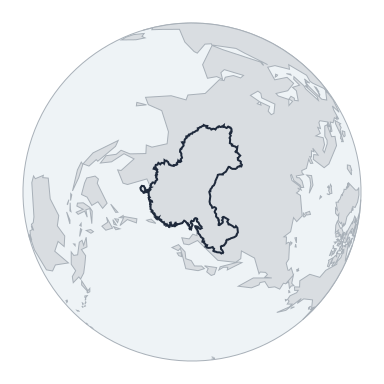 the Earth from above China, rotated 103°
{"feature_id": "CHN", "entity_name": "China", "entity_type": "country or territory", "adm_level": 0, "iso_a3": "CHN", "parent_name": "Asia", "parent_adm1": "", "projection": "orthographic", "projection_center": [106.815, 35.887], "detail": "fine", "context": "on_globe", "style": "outline", "palette": "slate", "viewbox_px": 384, "rotation_deg": 103, "n_neighbors": 0, "source": "natural_earth", "source_scale": "50m", "svg_char_len": 17202}
<svg xmlns="http://www.w3.org/2000/svg" viewBox="0 0 384 384"><g transform="rotate(103 192 192)"><circle cx="192" cy="192" r="169" fill="#eef3f6" stroke="#a8b0b8"/><path d="M347.4,257.4L347.1,258.2L347.0,258.5L347.4,257.4ZM291.6,55.5L280.2,48.9L279.3,47.9L276.5,46.6L277.3,48.0L278.6,49.3L270.0,50.3L271.0,59.1L276.9,64.4L271.2,61.6L286.2,73.9L290.3,82.3L282.2,71.4L278.7,69.3L279.8,74.0L276.5,72.9L275.1,74.7L271.0,73.1L266.6,67.4L263.9,66.4L264.8,69.8L261.4,70.8L260.4,65.8L254.2,67.0L245.7,58.7L246.4,48.3L238.2,44.0L229.9,34.7L227.3,35.0L222.4,32.2L217.6,31.6L217.4,30.5L213.7,31.1L214.7,32.3L213.5,33.1L210.7,33.0L210.0,31.4L211.3,31.2L209.7,30.7L210.5,30.0L208.5,30.3L208.0,28.6L204.4,30.2L200.6,28.8L201.4,27.8L206.6,28.0L221.5,27.4L223.9,27.2L222.1,26.2L207.3,23.8L207.6,23.8L220.5,25.5L233.2,28.1L245.6,31.8L257.8,36.4L269.5,41.9L280.8,48.3L291.6,55.5ZM202.8,23.4L203.3,23.4L197.5,23.3L200.1,23.8L198.1,24.0L198.7,24.9L192.9,24.8L186.9,24.4L186.1,23.8L183.4,23.7L179.5,24.6L173.5,24.2L161.7,25.8L161.4,25.8L175.1,23.9L188.9,23.1L202.8,23.4ZM350.5,135.4L349.2,132.7L349.6,132.7L350.5,135.4ZM348.7,132.3L349.1,133.0L348.8,132.7L348.7,132.3ZM348.7,132.9L348.7,132.5L348.8,133.3L348.7,132.9ZM348.8,134.1L348.7,133.3L348.7,133.5L348.8,134.1ZM348.5,135.0L348.3,135.2L348.1,134.1L348.5,135.0ZM279.7,50.2L277.7,48.2L278.2,47.6L280.2,49.2L279.7,50.2ZM278.4,52.3L276.5,50.8L279.9,51.7L279.9,52.2L278.4,52.3ZM281.9,68.7L280.9,66.3L283.0,69.1L281.9,68.7ZM275.7,75.2L277.0,76.4L275.7,76.9L275.7,75.2ZM201.9,25.0L200.4,25.0L201.0,24.8L201.9,25.0ZM203.6,25.5L205.5,25.4L206.7,25.6L205.4,25.7L203.6,25.5ZM268.3,75.0L265.8,75.7L267.6,74.0L268.3,75.0ZM201.0,25.7L208.4,26.1L210.3,26.6L207.3,27.5L201.0,25.7ZM263.9,75.4L257.9,77.6L260.4,80.1L250.1,74.5L258.5,74.3L260.3,71.7L261.3,74.2L263.9,75.4ZM216.3,32.8L215.0,31.5L218.6,32.7L216.3,32.8ZM218.9,33.4L231.8,36.9L232.3,39.1L227.9,37.3L230.6,40.5L224.5,39.7L221.6,37.9L222.5,36.5L219.5,37.3L218.9,33.4ZM245.3,71.3L243.2,71.1L244.6,70.3L245.3,71.3ZM213.2,33.5L215.8,33.9L216.4,35.7L211.4,35.3L212.8,34.8L213.2,33.5ZM234.3,41.8L233.9,43.3L228.8,43.0L227.9,43.6L224.4,39.9L234.3,41.8ZM211.2,34.4L208.8,35.1L206.0,34.2L210.8,33.3L211.2,34.4ZM218.7,36.4L218.7,37.3L217.1,36.7L218.7,36.4ZM194.7,32.0L197.7,32.1L198.3,33.1L194.7,32.0ZM208.1,35.5L209.0,35.8L209.6,36.2L207.5,36.6L208.1,35.5ZM221.0,40.2L219.0,39.9L222.2,41.6L218.5,41.8L216.8,39.4L216.0,40.5L214.9,40.5L214.8,38.5L221.0,40.2ZM207.0,38.4L203.6,35.7L197.8,35.1L197.1,34.2L206.6,35.4L207.0,38.4ZM211.6,38.6L208.6,38.2L209.3,37.1L211.7,36.8L211.6,38.6ZM216.7,42.8L222.7,43.2L222.9,43.7L216.7,42.8ZM205.2,38.4L206.1,39.0L204.7,38.4L205.2,38.4ZM213.0,41.6L215.1,41.6L215.2,42.2L213.0,41.6ZM206.0,40.4L204.9,39.5L206.5,39.2L206.0,40.4ZM209.1,41.1L208.8,42.0L207.8,39.6L210.0,41.0L209.1,41.1ZM212.8,42.2L213.5,42.5L211.9,42.1L212.8,42.2ZM200.5,42.5L198.8,39.6L202.4,38.7L203.5,41.6L200.5,42.5ZM63.2,82.7L65.6,80.9L61.4,86.8L58.8,98.9L57.6,101.9L52.5,106.6L46.2,126.4L50.5,124.6L50.2,139.6L53.4,146.3L64.1,136.6L58.9,125.2L63.3,117.4L71.8,121.5L77.1,132.3L79.0,129.6L80.1,118.5L85.9,117.0L81.0,114.4L79.6,118.4L76.5,117.1L77.6,113.4L79.6,112.9L79.3,109.0L69.8,113.1L67.4,117.6L63.7,111.2L59.3,118.2L56.7,118.6L63.2,107.0L66.0,104.4L74.3,89.5L71.0,91.5L62.9,105.9L63.4,103.3L58.8,106.8L62.7,102.1L72.4,86.5L72.1,81.4L63.8,84.4L65.3,81.4L70.2,75.5L81.2,66.6L76.6,74.6L80.4,72.2L88.1,65.3L86.1,68.6L88.7,66.9L87.6,70.0L92.8,70.1L92.7,73.0L101.2,69.3L102.3,70.5L97.0,72.2L93.2,75.3L93.8,83.5L95.8,84.0L101.3,81.1L100.8,84.0L106.0,80.2L109.5,84.0L109.6,76.4L116.1,73.5L121.7,74.0L123.8,71.9L114.6,71.1L111.0,72.1L107.8,75.1L97.8,77.5L96.2,75.6L106.7,68.4L105.6,65.2L114.3,61.6L133.8,64.9L138.6,68.7L132.9,81.2L128.1,81.8L127.7,77.4L122.1,84.2L125.4,82.3L125.0,84.9L131.0,83.4L131.0,85.2L136.8,80.8L137.5,82.9L133.8,85.6L143.3,85.8L146.4,89.9L148.5,89.1L149.9,87.1L152.9,94.0L154.4,93.1L154.0,90.5L156.6,87.2L162.4,84.2L163.1,86.7L161.1,88.1L158.0,95.2L152.6,99.0L153.4,99.8L158.3,97.2L162.2,88.4L165.5,86.0L164.3,90.0L165.0,88.3L166.9,87.9L169.4,90.0L170.9,85.6L190.5,79.3L197.3,83.3L194.1,87.3L208.5,87.0L215.0,92.4L214.6,89.8L221.3,88.6L219.3,86.8L219.6,85.5L235.7,82.6L240.1,84.2L246.6,80.9L246.4,79.7L243.5,78.3L250.1,74.5L260.4,80.1L260.3,82.4L266.9,84.7L265.8,90.0L267.9,95.8L262.9,100.9L265.0,105.4L267.4,105.8L272.0,112.5L273.4,125.7L262.0,113.0L257.8,94.9L258.6,101.9L255.4,99.9L253.8,102.3L254.6,107.5L256.6,108.3L242.3,116.2L238.3,130.6L246.0,129.5L250.7,133.7L252.8,151.4L238.0,175.7L244.1,183.2L244.4,188.3L238.9,191.6L238.3,184.2L232.9,181.7L233.4,177.3L224.3,180.8L224.7,174.6L217.5,180.8L220.1,185.6L227.9,184.5L221.6,193.0L229.4,201.5L230.2,211.6L216.6,229.2L202.9,234.1L202.0,237.1L196.7,233.3L189.4,238.9L199.2,256.5L198.9,261.2L187.2,269.4L187.0,265.9L172.8,255.9L170.0,266.9L180.7,277.2L184.4,287.8L176.0,283.9L172.3,274.3L167.3,270.5L168.8,261.0L164.9,245.6L156.5,247.1L157.3,241.1L150.6,227.1L138.6,228.5L119.5,239.8L116.7,254.2L110.2,258.6L102.9,233.9L103.6,218.5L98.4,217.8L93.0,201.3L76.4,190.6L76.3,185.8L72.7,185.4L69.2,177.9L69.9,170.3L66.8,168.0L65.5,188.1L69.2,190.7L75.3,187.6L74.0,193.9L77.7,202.5L65.6,210.3L44.7,205.4L46.4,193.8L50.0,154.4L52.1,151.8L52.2,151.4L52.5,150.6L49.0,154.3L50.9,147.0L44.8,172.2L42.2,181.4L44.3,205.8L43.2,206.5L45.0,212.6L55.5,218.1L54.7,221.5L47.5,232.7L36.3,240.8L40.0,256.6L42.9,267.6L40.8,267.1L45.4,276.1L39.8,265.3L34.9,254.2L30.8,242.7L27.6,231.0L25.2,219.0L23.7,207.0L23.1,194.8L23.3,182.6L24.4,170.5L26.4,158.5L29.2,146.7L32.9,135.1L37.4,123.8L42.7,112.8L48.8,102.3L55.6,92.2L63.2,82.7ZM78.9,150.5L84.7,156.8L88.8,146.5L91.3,148.3L91.8,144.3L89.0,145.8L91.2,135.6L96.1,136.0L98.8,132.2L97.0,129.9L87.7,131.0L84.6,145.3L80.4,147.1L78.9,150.5ZM104.0,56.3L101.5,58.5L98.6,59.4L98.8,56.8L102.9,55.4L104.0,56.3ZM98.5,61.6L108.9,55.9L109.3,57.6L107.3,57.5L106.5,59.3L103.1,59.7L93.3,67.4L90.1,68.8L92.1,62.5L93.1,63.6L95.6,61.2L98.5,61.6ZM134.9,41.9L139.5,40.4L134.3,45.9L130.7,46.7L130.6,43.9L134.8,41.3L134.9,41.9ZM194.3,27.6L196.4,27.4L196.6,27.8L195.0,28.2L194.3,27.6ZM196.1,32.0L185.5,29.1L187.3,28.6L179.0,28.0L180.5,26.6L185.9,27.0L180.8,25.7L186.3,25.6L182.3,25.0L194.1,25.9L198.8,26.0L192.9,26.3L191.4,27.5L192.1,28.0L197.8,29.8L207.1,31.0L207.1,32.7L204.6,33.6L202.3,33.6L203.1,32.4L199.5,33.2L198.8,31.5L196.1,32.0ZM175.1,48.6L176.9,46.3L169.6,49.4L168.9,47.0L168.1,47.5L165.5,46.2L160.9,45.7L161.4,44.6L159.4,44.9L157.7,44.2L155.1,44.4L155.0,42.5L151.9,42.6L153.7,41.6L148.3,42.4L152.2,41.0L150.3,40.3L147.5,42.0L153.4,33.1L152.8,31.2L150.1,30.5L157.3,28.7L164.4,28.4L170.4,29.6L170.0,32.0L173.3,31.0L174.1,31.9L171.1,32.3L176.1,32.3L176.0,33.3L181.3,35.5L188.7,35.4L190.8,36.4L187.9,36.9L192.1,37.6L188.0,39.4L189.4,40.2L186.8,43.1L180.2,44.0L182.4,44.9L180.5,47.3L175.1,48.6ZM199.5,43.2L191.9,44.4L187.7,43.8L194.0,39.2L193.3,38.2L197.2,35.6L203.1,36.7L201.4,37.3L201.2,38.1L199.5,37.4L200.7,38.6L198.4,39.6L198.8,40.8L196.2,40.8L199.5,43.2ZM59.5,101.7L59.1,103.5L59.3,105.5L56.5,108.0L59.5,101.7ZM65.8,91.0L66.0,92.0L62.0,96.0L62.4,94.3L65.8,91.0ZM69.5,89.3L66.3,91.7L68.2,89.4L69.5,89.3ZM97.5,73.1L98.1,74.1L96.8,75.0L94.9,75.4L97.5,73.1ZM153.4,58.8L155.1,57.3L156.1,57.4L161.8,55.4L162.8,57.2L159.7,59.2L153.4,58.8ZM61.3,136.7L58.4,137.0L58.8,134.9L59.7,135.2L61.3,136.7ZM55.8,121.8L55.4,126.7L55.0,122.4L55.8,121.8ZM155.5,60.5L157.7,59.4L156.8,61.0L155.5,60.5ZM163.8,58.5L163.3,60.3L163.6,57.2L163.8,58.5ZM56.3,280.9L59.7,295.0L55.8,290.9L51.8,284.3L48.3,274.3L51.7,275.7L52.4,272.4L56.3,280.9ZM227.1,310.2L232.1,310.4L231.9,310.9L227.1,310.2ZM221.8,308.5L227.6,308.4L220.8,309.8L221.8,308.5ZM229.9,308.3L235.8,306.7L238.4,305.5L237.9,306.7L229.9,308.3ZM217.8,308.7L196.3,308.6L187.8,306.6L189.8,304.6L203.5,305.6L217.8,308.7ZM189.1,304.5L176.1,297.2L158.4,275.5L164.7,276.8L183.2,290.7L182.0,292.6L189.9,298.2L189.1,304.5ZM220.6,293.1L219.3,299.1L207.4,298.7L202.0,297.7L198.3,290.0L200.4,286.1L204.8,286.3L222.0,272.2L228.0,275.4L222.7,281.5L227.6,286.6L220.6,293.1ZM117.3,255.9L120.6,265.6L117.1,265.9L117.3,255.9ZM229.0,261.8L222.1,268.5L228.4,259.7L229.0,261.8ZM232.8,253.5L233.2,256.8L230.4,253.8L232.8,253.5ZM201.8,241.8L197.1,242.4L197.0,240.0L203.0,237.8L201.8,241.8ZM230.7,220.1L230.6,227.4L229.7,229.9L227.6,225.7L230.7,220.1ZM166.9,77.5L157.9,78.0L152.0,80.3L149.7,84.1L149.1,79.2L158.1,75.7L166.9,77.5ZM187.5,78.7L189.4,75.7L191.2,77.1L191.0,78.0L187.5,78.7ZM186.8,76.8L184.4,73.1L187.2,71.5L188.5,74.7L186.8,76.8ZM169.6,66.0L166.8,66.0L167.6,64.6L169.6,66.0ZM269.5,341.9L270.7,340.5L276.6,337.7L273.0,340.1L269.5,341.9ZM251.8,340.4L218.9,350.2L212.0,350.0L214.3,347.7L209.2,340.6L211.6,340.7L210.8,335.2L230.6,328.6L245.0,316.5L255.3,315.6L263.5,306.1L273.9,304.3L270.3,311.4L280.6,312.4L288.9,296.4L293.8,308.7L300.3,310.1L300.6,316.3L283.8,332.5L275.5,337.6L274.5,337.5L270.9,339.6L266.1,341.1L264.6,339.1L261.0,341.1L265.1,337.6L259.6,341.2L257.6,339.8L251.8,340.4ZM325.4,289.4L326.5,288.7L327.9,289.1L326.1,290.4L325.4,289.4ZM344.3,263.9L344.5,264.1L343.4,266.0L344.3,263.9ZM347.0,258.5L345.8,260.9L347.4,257.4L347.0,258.5ZM333.3,276.5L333.8,276.8L333.2,277.6L333.3,276.5ZM332.9,276.7L333.8,274.7L333.5,276.1L332.9,276.7ZM327.8,273.7L328.6,272.3L328.9,272.7L327.8,273.7ZM239.6,309.7L246.8,304.6L250.6,303.8L239.6,309.7ZM326.7,272.8L324.7,273.9L325.0,273.0L326.7,272.8ZM327.0,270.8L326.8,269.7L327.9,271.6L327.0,270.8ZM323.2,270.5L325.6,271.1L322.9,271.0L323.2,270.5ZM321.7,271.7L319.9,271.8L320.1,271.3L321.7,271.7ZM300.2,283.2L307.1,287.3L301.3,289.6L294.9,287.6L289.6,293.4L277.6,296.2L280.4,292.9L278.9,289.3L266.3,290.5L263.8,288.3L268.3,285.6L259.9,284.9L269.1,282.0L272.9,286.8L278.0,281.3L286.8,280.1L295.3,279.3L301.9,281.0L300.2,283.2ZM269.0,294.2L270.6,293.8L269.2,295.7L269.0,294.2ZM316.5,270.7L319.1,271.9L318.7,272.7L317.4,273.0L316.5,270.7ZM303.4,279.5L310.6,272.1L312.2,271.5L307.4,278.6L303.4,279.5ZM308.9,269.9L312.2,269.1L313.8,270.9L313.1,271.9L308.9,269.9ZM250.2,292.3L249.8,293.9L247.4,293.0L250.2,292.3ZM253.4,290.9L260.6,291.5L252.7,292.4L253.4,290.9ZM231.1,287.8L233.2,291.4L240.1,288.4L234.8,292.3L239.4,297.9L237.8,300.3L233.3,294.2L231.6,301.0L228.6,301.1L227.0,295.5L230.0,288.1L233.1,284.9L245.4,282.5L231.1,287.8ZM253.3,286.4L251.4,282.3L252.8,279.1L254.9,281.2L253.3,286.4ZM245.6,272.1L240.4,267.3L235.7,269.7L245.1,261.3L248.6,267.4L245.6,272.1ZM241.1,260.7L236.7,262.9L241.2,258.1L241.1,260.7ZM235.5,261.2L235.0,257.4L238.5,257.6L235.5,261.2ZM243.4,260.6L244.1,254.0L245.9,257.7L243.4,260.6ZM233.4,248.8L240.9,254.6L231.2,252.6L230.5,239.7L234.6,239.2L233.4,248.8ZM254.8,192.8L253.6,189.0L257.3,187.6L257.0,190.6L254.8,192.8ZM268.1,180.8L257.9,186.1L249.4,190.7L252.2,192.2L250.6,199.0L246.3,193.3L251.9,185.3L258.4,183.0L259.0,177.3L263.5,172.9L262.0,166.0L263.9,162.7L267.3,168.4L268.1,180.8ZM261.1,163.2L260.1,151.0L267.2,151.6L269.0,154.5L266.5,159.7L262.9,159.0L261.1,163.2ZM262.0,148.3L258.5,147.7L249.7,130.8L249.6,127.5L260.0,140.1L257.3,140.2L258.2,144.4L262.0,148.3ZM244.0,72.5L243.3,71.3L245.1,72.1L244.0,72.5ZM218.4,84.6L219.1,83.0L221.2,83.9L218.4,84.6ZM222.3,79.2L219.4,79.3L222.2,78.1L222.3,79.2ZM212.9,79.9L218.1,78.8L213.6,81.4L212.9,79.9Z" fill="#d9dde1" stroke="#a8b0b8" stroke-width="1"/><path d="M195.2,233.9L194.6,233.5L193.5,233.7L192.4,232.8L191.6,232.6L191.3,231.1L191.9,230.3L190.2,229.8L189.4,229.9L187.8,228.7L186.7,229.2L186.2,230.1L185.4,230.4L184.7,230.2L184.2,230.9L183.3,230.2L183.0,230.7L182.5,230.2L181.6,231.1L180.2,230.1L179.2,231.2L178.1,230.8L177.6,231.4L178.1,232.7L178.0,234.6L176.7,234.4L176.3,232.8L175.0,233.5L173.7,233.4L173.2,231.8L171.2,231.3L172.2,229.1L170.5,228.3L170.1,226.2L170.6,225.6L168.9,225.5L167.2,225.9L167.6,225.0L167.2,223.8L167.8,223.2L168.1,222.1L170.4,220.5L170.2,219.9L170.6,219.6L170.8,218.1L170.7,215.5L170.2,215.3L169.8,215.5L169.4,213.8L168.4,212.6L168.1,212.6L167.4,213.4L165.7,212.5L164.8,212.5L165.7,211.6L165.4,210.7L164.6,211.0L164.6,210.5L165.2,210.1L164.5,209.4L162.7,210.4L160.9,209.4L158.5,210.8L157.2,210.9L155.5,212.3L155.5,212.7L153.7,213.0L152.8,212.8L152.9,212.4L152.1,211.8L151.4,212.0L148.7,210.6L147.6,211.0L145.8,212.9L145.5,212.3L145.9,210.9L145.5,210.5L142.9,210.9L141.7,210.5L140.5,209.5L139.9,209.9L139.4,209.2L138.9,209.7L138.3,208.5L137.0,208.1L137.3,207.3L136.4,207.2L135.2,205.9L135.1,204.9L133.8,204.7L133.1,203.2L131.1,201.4L130.9,200.5L129.5,200.1L128.6,200.7L127.8,199.4L126.8,198.6L126.9,198.0L125.3,196.7L124.9,195.5L124.1,195.6L124.5,193.7L124.2,191.9L124.9,191.9L125.2,192.7L126.0,192.5L126.3,190.5L125.8,189.4L126.1,187.9L126.8,187.2L125.6,185.7L125.5,183.9L125.8,183.2L123.8,182.4L123.0,181.6L123.0,181.1L122.2,181.0L121.8,180.2L122.3,179.3L122.2,178.4L121.5,177.9L121.5,177.3L119.8,176.0L121.5,175.8L121.2,175.1L121.9,172.8L121.0,171.7L120.4,171.8L120.1,171.5L120.6,169.0L121.2,168.9L121.3,168.2L121.9,167.6L123.8,167.5L123.9,167.0L125.5,167.1L125.4,168.1L126.7,168.4L128.4,166.9L130.9,167.6L131.6,166.9L132.5,166.6L135.9,166.1L136.3,164.3L137.2,163.9L137.0,163.4L137.9,163.3L137.9,160.4L138.4,159.2L138.7,158.8L137.8,158.0L141.6,157.6L141.9,158.3L143.0,158.7L143.4,157.9L143.0,157.3L145.7,153.2L147.3,154.2L148.5,154.5L148.6,155.0L150.1,154.6L150.6,154.2L150.9,152.3L151.5,151.2L153.2,151.0L154.3,149.5L156.0,149.7L156.0,150.1L155.7,150.4L156.2,151.0L155.9,151.4L156.8,152.1L156.8,152.6L157.5,153.4L158.3,153.5L159.7,154.7L160.4,158.1L160.0,158.9L160.0,159.6L159.1,161.0L159.3,162.0L164.5,163.5L166.7,165.6L168.0,165.9L167.8,166.6L168.2,166.9L168.6,169.0L169.5,170.7L171.3,170.7L176.1,171.7L177.2,171.5L180.5,172.1L181.8,173.3L183.8,173.8L185.2,174.6L186.9,174.3L186.9,174.9L188.0,175.2L191.9,173.2L197.5,172.7L199.8,171.6L201.0,169.9L202.9,168.7L201.7,166.9L202.0,165.5L202.6,164.8L203.6,164.7L204.3,165.2L206.2,165.5L207.1,164.8L208.0,163.5L210.3,163.1L211.2,162.2L211.8,160.5L213.3,160.1L213.4,159.5L214.0,159.6L216.1,158.6L217.2,158.9L218.2,158.6L218.2,158.1L217.6,157.3L214.9,155.2L213.5,155.4L212.8,156.4L211.6,155.9L210.5,156.1L210.0,156.6L209.3,156.1L209.1,155.4L209.5,155.0L209.5,154.1L210.7,150.4L213.0,151.0L214.0,149.9L215.4,149.1L215.4,148.5L215.0,148.2L216.1,144.6L217.0,143.0L216.6,141.8L215.4,141.5L216.7,139.7L221.0,138.2L223.3,139.0L223.7,138.7L224.8,139.0L226.5,140.6L228.5,143.9L229.5,144.8L229.8,145.8L230.4,146.1L230.6,147.2L231.6,147.7L232.8,147.3L233.7,147.8L234.4,147.6L236.1,148.6L236.7,148.6L237.0,149.3L237.7,149.9L237.8,150.8L238.6,151.6L241.2,150.8L242.0,149.4L243.8,148.0L244.6,148.2L244.6,148.9L245.3,149.6L244.6,151.1L245.1,154.1L244.8,155.3L245.0,156.1L244.6,156.6L244.8,157.6L244.6,158.0L242.3,157.7L241.8,158.9L241.0,159.5L242.2,161.6L242.8,163.5L242.8,165.0L241.7,165.8L242.1,166.0L242.1,166.3L241.3,165.8L241.2,165.4L240.4,165.3L240.5,166.9L239.7,167.2L239.2,168.5L237.5,169.0L238.2,170.0L238.1,170.7L236.0,170.7L235.4,170.2L234.9,170.4L233.9,173.1L231.9,174.8L230.9,176.6L229.6,177.0L227.9,178.1L226.3,180.0L225.7,180.2L225.7,180.7L224.7,181.2L224.5,180.7L225.6,179.9L225.5,179.6L225.8,179.1L224.6,179.3L224.5,178.8L225.0,178.4L224.9,177.8L225.5,177.4L226.2,175.7L225.1,174.5L224.9,174.9L223.7,174.9L222.5,177.1L220.3,178.8L219.6,180.6L218.1,181.1L217.5,180.7L216.9,181.0L216.6,182.4L216.9,183.1L217.8,183.7L220.0,183.9L220.4,184.9L220.2,186.0L221.1,186.4L222.2,186.3L223.1,184.6L224.1,184.0L226.3,184.7L227.2,184.4L228.7,184.5L228.3,185.6L228.6,185.9L228.2,186.3L227.2,186.1L225.4,187.4L224.8,187.4L225.1,188.0L224.7,188.1L224.6,189.0L224.1,189.3L223.8,188.8L223.5,188.9L223.4,189.2L223.8,189.5L222.1,191.8L221.7,193.2L224.5,194.5L226.4,198.0L226.5,199.0L227.8,199.5L228.1,200.3L229.2,200.9L229.3,201.4L229.1,201.5L228.0,201.2L227.1,201.3L225.9,200.8L224.8,201.4L226.4,201.0L226.7,201.5L229.0,202.6L229.5,203.3L229.7,203.7L228.6,204.3L227.5,205.6L226.4,205.8L225.8,206.3L226.5,206.0L226.9,206.5L228.4,205.7L229.5,206.5L230.6,206.7L229.3,208.0L230.2,207.5L230.4,207.8L230.5,208.9L229.9,208.6L229.3,209.1L229.9,209.5L229.6,209.6L229.9,209.8L229.5,210.5L230.0,211.4L229.2,211.8L228.8,211.5L228.4,212.4L227.9,212.6L228.2,212.9L227.7,213.9L227.8,214.4L226.6,216.8L226.2,216.9L225.9,216.3L225.7,216.7L225.3,216.5L226.2,217.7L225.2,218.7L224.4,218.6L224.9,219.0L225.7,218.8L225.8,220.6L224.7,220.5L225.0,221.1L224.2,221.3L224.1,222.1L223.4,222.5L223.5,223.1L222.0,223.3L221.4,223.8L222.0,224.4L221.0,225.7L220.6,225.7L220.4,226.5L220.1,226.1L219.6,226.6L219.1,226.4L218.1,228.5L215.9,229.0L215.5,229.4L214.7,229.2L213.8,229.9L213.2,229.5L213.0,230.2L211.6,230.4L210.4,229.4L210.4,228.7L210.1,228.8L209.7,229.3L210.3,230.2L210.3,231.3L209.3,231.8L209.1,231.4L208.8,232.3L207.8,232.7L207.1,232.2L207.0,232.9L206.0,232.6L205.1,233.5L203.5,233.7L202.3,234.6L201.9,234.3L201.2,235.4L201.8,235.7L201.6,236.2L202.2,236.6L201.8,237.2L200.5,237.1L200.7,236.8L199.8,235.5L200.5,233.9L199.5,233.3L199.5,233.8L198.4,234.1L198.3,233.6L197.4,233.6L196.6,232.8L196.6,233.6L196.1,233.4L195.2,233.9ZM203.3,238.0L203.7,239.0L202.6,240.0L202.1,241.6L201.1,242.5L199.6,243.2L197.3,242.3L197.1,240.2L198.8,238.8L198.6,238.8L198.8,238.5L201.3,237.9L202.5,238.1L202.6,237.7L203.3,238.0ZM229.4,202.1L228.6,202.0L227.7,201.4L228.3,201.4L229.4,202.1ZM231.1,206.3L230.4,206.3L230.2,205.9L231.0,206.0L231.1,206.3ZM226.3,219.9L226.0,220.4L226.0,219.8L226.3,219.9ZM201.5,235.2L202.2,235.0L202.2,235.3L201.5,235.2Z" fill="none" stroke="#1e293b" stroke-width="2"/></g></svg>